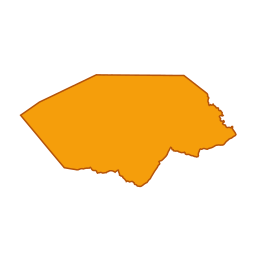 Karachuonyo, Nyanza, Kenya (Albers equal-area conic projection), rotated 5°
{"feature_id": "3690345B83716228169892", "entity_name": "Karachuonyo", "entity_type": "district", "adm_level": 2, "iso_a3": "KEN", "parent_name": "Kenya", "parent_adm1": "Nyanza", "projection": "albers", "projection_center": [34.698, -0.371], "detail": "fine", "context": "isolated", "style": "filled", "palette": "amber", "viewbox_px": 256, "rotation_deg": 5, "n_neighbors": 0, "source": "geoboundaries", "source_scale": "gbopen_adm2", "svg_char_len": 4621}
<svg xmlns="http://www.w3.org/2000/svg" viewBox="0 0 256 256"><g transform="rotate(5 128 128)"><path d="M236.1,125.2L235.9,124.9L235.7,124.4L235.6,124.0L235.2,123.5L234.9,123.1L234.6,122.7L234.3,122.4L234.1,122.0L233.7,121.6L233.3,121.3L233.1,120.9L232.8,120.6L232.5,120.1L232.0,119.6L232.0,119.1L232.1,118.6L232.2,118.0L232.0,117.4L231.2,117.5L230.9,118.0L230.6,118.7L230.1,118.8L229.7,118.7L229.3,118.6L228.7,118.5L228.2,118.6L227.7,118.7L227.1,118.9L226.6,118.9L226.2,118.7L225.8,118.5L225.5,118.1L225.2,117.5L224.9,117.1L224.8,116.7L224.3,116.5L223.8,116.5L223.4,116.4L222.8,116.2L222.4,115.9L221.9,115.5L222.0,114.8L222.2,114.4L222.7,114.1L223.0,113.9L223.3,113.5L223.2,113.1L222.9,112.6L222.6,112.3L222.2,112.5L221.8,112.9L221.3,113.0L220.7,113.1L220.4,112.8L219.7,112.9L219.4,112.5L219.3,112.0L219.3,111.5L219.4,111.1L219.5,110.7L219.1,110.2L218.7,109.7L218.3,109.2L218.0,108.7L218.2,108.2L218.6,107.8L219.2,107.5L219.7,107.4L220.2,107.6L220.7,107.8L221.2,107.6L221.7,107.3L221.4,106.9L220.8,106.6L220.5,106.0L220.4,105.3L220.5,104.6L220.3,104.2L219.8,103.9L219.1,103.1L218.9,102.7L218.5,102.5L217.8,102.8L217.3,102.6L216.8,102.2L216.7,101.7L216.5,101.2L216.4,100.7L216.3,100.3L215.7,100.1L215.3,100.2L214.9,100.3L214.3,100.3L213.9,99.9L213.6,99.5L213.4,99.1L213.0,98.8L212.6,98.6L212.0,98.2L211.5,97.9L211.0,97.6L211.0,97.1L210.7,96.8L210.5,97.1L210.4,97.5L210.0,97.7L209.4,98.0L208.9,97.8L208.5,97.6L208.0,97.5L207.7,98.0L207.4,98.4L206.9,98.4L206.6,97.9L206.3,97.3L206.2,96.5L206.1,95.8L205.8,95.4L205.4,95.0L205.3,94.4L205.3,93.9L205.3,93.4L205.3,93.0L205.4,92.5L205.5,91.9L205.8,91.5L205.8,90.9L205.6,90.4L205.1,90.1L204.5,89.7L204.5,89.3L204.6,88.8L204.5,88.3L204.4,87.9L204.2,87.4L203.7,86.8L199.5,84.0L198.2,83.2L196.8,82.3L193.6,80.2L179.1,70.8L178.4,70.9L177.8,70.9L171.2,71.5L161.0,72.3L155.5,72.7L150.8,73.1L148.7,73.3L144.3,73.6L135.9,74.3L118.5,75.7L107.1,76.6L104.1,76.9L102.0,77.0L99.0,77.3L91.8,77.8L88.7,79.6L77.6,86.2L68.1,91.8L53.6,100.4L50.1,102.5L37.5,109.9L25.0,120.4L23.2,121.9L19.9,124.6L22.8,127.6L40.8,145.7L45.4,150.4L55.1,160.2L57.5,162.6L63.2,168.3L68.0,173.1L75.2,173.7L78.6,173.9L80.7,174.1L81.9,174.0L82.6,173.6L83.5,173.2L84.5,172.7L85.7,172.5L86.7,172.6L87.5,172.6L88.2,172.1L89.2,171.9L90.2,171.6L90.8,171.6L91.5,171.5L92.3,171.4L93.1,171.3L93.8,170.5L94.7,171.2L95.3,172.0L96.0,172.8L96.9,173.3L98.3,173.3L99.5,173.2L100.5,173.9L100.8,174.7L101.5,175.6L102.4,175.2L103.5,175.0L104.1,174.7L104.9,174.6L105.8,174.8L106.8,175.1L108.1,174.8L109.2,174.5L110.3,174.4L110.9,173.6L111.7,173.2L112.6,172.9L113.2,172.2L114.4,172.1L115.5,172.0L116.6,172.1L117.4,172.5L118.3,172.7L119.0,173.2L119.6,172.5L120.4,171.9L121.1,171.1L122.1,170.9L122.3,171.8L122.6,172.7L123.1,173.6L123.5,174.6L123.7,175.7L124.6,176.0L125.3,176.5L126.0,176.5L126.9,176.8L127.2,177.8L127.9,178.3L128.4,178.7L129.3,179.4L130.0,180.2L130.7,180.8L131.0,181.5L131.9,180.9L133.1,181.1L134.2,181.6L135.0,181.3L135.6,181.1L136.7,180.8L137.7,181.2L138.2,181.8L139.0,182.1L139.1,182.7L139.3,183.2L139.7,183.6L140.7,183.7L141.5,184.0L142.2,184.9L143.2,185.1L144.0,185.0L144.9,185.2L145.9,185.0L147.5,183.9L148.7,182.7L149.2,182.3L149.7,181.9L150.7,181.2L151.7,180.6L151.9,180.2L152.1,179.9L152.5,179.2L153.1,178.2L153.8,177.3L154.5,176.7L154.9,175.8L155.3,174.8L157.4,170.5L158.4,168.5L160.6,164.7L161.0,163.6L161.3,162.8L161.8,162.1L162.5,161.5L162.7,160.5L162.2,159.6L161.8,158.7L162.5,158.2L163.4,157.8L164.3,157.5L165.8,155.9L166.6,154.9L167.5,153.8L168.2,153.0L168.8,151.9L169.3,151.1L169.6,149.9L169.9,148.9L170.4,147.6L171.2,145.8L171.7,144.5L172.3,143.5L173.0,143.9L173.5,145.0L174.0,145.8L174.9,145.7L175.3,146.7L176.3,146.8L177.4,146.9L178.5,146.7L179.7,146.7L180.7,147.3L181.8,147.5L182.5,147.7L183.3,147.9L184.2,147.7L185.2,147.7L185.8,147.4L186.4,147.2L187.0,147.7L187.1,148.5L187.7,149.0L188.5,149.3L189.3,149.2L190.3,149.0L191.4,149.1L192.2,149.5L193.2,149.9L194.2,150.0L195.1,150.0L195.9,150.3L196.6,150.6L197.7,150.6L198.9,150.9L199.7,150.5L200.1,150.5L200.4,149.9L200.6,149.4L200.4,148.7L200.3,148.1L200.3,147.7L200.4,146.8L200.6,145.9L200.9,145.1L201.1,144.5L201.3,143.3L201.9,142.6L202.9,142.8L203.9,142.5L204.7,141.9L205.9,141.8L206.9,142.0L208.0,142.2L209.0,142.2L210.1,141.4L211.5,140.9L212.6,140.5L213.8,139.9L215.0,139.1L215.9,138.4L216.5,138.0L217.4,137.5L218.9,137.2L219.8,137.0L221.2,137.0L222.3,136.9L223.0,136.8L223.8,136.7L224.8,136.2L225.8,134.8L226.6,133.6L227.1,132.8L228.4,131.7L229.1,130.8L229.7,130.2L230.6,129.6L231.5,129.2L232.0,129.0L232.9,128.2L233.4,127.7L233.8,127.4L234.3,127.0L234.7,126.7L235.5,126.2L236.1,125.2Z" fill="#f59e0b" stroke="#b45309" stroke-width="1.5"/></g></svg>